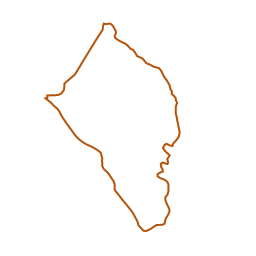 outline of Bacurituba, Maranhão, Brazil, rotated 125°
{"feature_id": "56859067B48113685319098", "entity_name": "Bacurituba", "entity_type": "district", "adm_level": 2, "iso_a3": "BRA", "parent_name": "Brazil", "parent_adm1": "Maranhão", "projection": "equal_earth", "projection_center": [-44.686, -2.691], "detail": "fine", "context": "isolated", "style": "outline", "palette": "amber", "viewbox_px": 256, "rotation_deg": 125, "n_neighbors": 0, "source": "geoboundaries", "source_scale": "gbopen_adm2", "svg_char_len": 2079}
<svg xmlns="http://www.w3.org/2000/svg" viewBox="0 0 256 256"><g transform="rotate(125 128 128)"><path d="M117.2,81.2L114.8,82.1L112.5,81.7L109.0,81.4L106.1,81.4L102.9,82.6L100.8,84.3L99.1,86.1L97.6,87.7L95.8,89.4L93.6,92.1L91.5,93.9L89.1,96.8L87.1,98.4L82.6,101.3L79.1,102.2L77.9,104.6L76.1,106.2L75.3,109.1L74.9,111.8L73.0,112.9L71.5,116.0L69.2,118.4L67.6,121.6L66.4,124.4L65.7,127.1L64.1,130.0L62.1,133.6L61.2,137.0L62.6,140.8L63.3,143.1L63.4,146.0L64.4,150.1L63.6,152.9L62.8,155.5L63.1,157.9L63.8,161.9L62.3,165.1L61.1,168.6L61.6,171.4L61.1,174.1L60.5,176.2L60.5,178.5L61.0,181.1L61.3,183.6L61.7,186.6L61.5,190.1L60.4,191.7L56.8,192.5L55.4,194.0L54.4,196.3L53.2,198.5L52.7,200.7L52.8,202.8L55.6,205.6L56.3,207.7L58.6,207.0L62.2,205.1L74.6,204.7L102.0,203.0L104.4,202.8L114.8,202.2L128.0,205.6L130.6,203.9L133.6,202.3L137.9,202.4L140.2,203.6L143.2,206.6L144.7,209.0L147.7,212.8L149.5,211.4L151.0,212.6L151.3,207.0L151.6,204.5L152.3,201.7L152.6,198.4L152.9,196.1L154.1,193.2L155.4,190.8L156.6,188.4L158.1,184.6L159.7,180.4L160.5,178.0L161.6,174.7L163.8,168.5L164.9,164.4L165.4,161.1L165.5,157.3L165.3,152.7L164.7,150.0L163.9,144.6L163.6,141.0L163.8,136.3L166.0,133.6L168.1,131.3L169.6,130.7L172.1,128.5L173.9,127.3L175.5,124.3L175.9,121.8L176.1,119.3L177.0,116.6L178.2,113.6L179.0,111.6L179.8,109.4L181.6,106.8L183.8,105.3L186.5,103.2L187.3,100.3L188.4,96.5L189.3,93.7L190.5,89.7L191.4,86.1L193.1,80.5L194.1,77.0L195.3,74.3L198.8,67.3L200.4,65.1L201.8,63.4L202.5,59.9L203.3,56.4L202.0,54.0L199.7,52.7L198.2,51.8L196.7,51.2L194.4,50.3L191.2,49.1L189.6,46.9L187.6,44.5L185.6,43.2L184.1,43.6L181.6,44.8L179.5,45.2L175.2,45.5L173.6,45.9L171.9,46.5L170.2,48.4L168.8,51.0L167.5,53.3L165.5,56.1L163.5,57.6L159.7,57.5L156.3,58.8L154.8,59.9L151.0,62.5L149.8,64.4L149.4,66.7L149.6,69.4L150.5,72.7L150.7,75.8L149.1,77.2L147.1,76.7L143.7,74.5L142.0,76.0L140.8,78.6L138.5,80.6L136.3,79.7L135.6,76.9L134.8,75.0L133.2,75.4L130.8,78.1L128.5,78.0L126.4,78.3L125.7,84.1L124.4,87.8L122.4,88.3L120.7,88.3L118.9,87.5L118.3,83.9L117.2,81.2Z" fill="none" stroke="#b45309" stroke-width="2"/></g></svg>